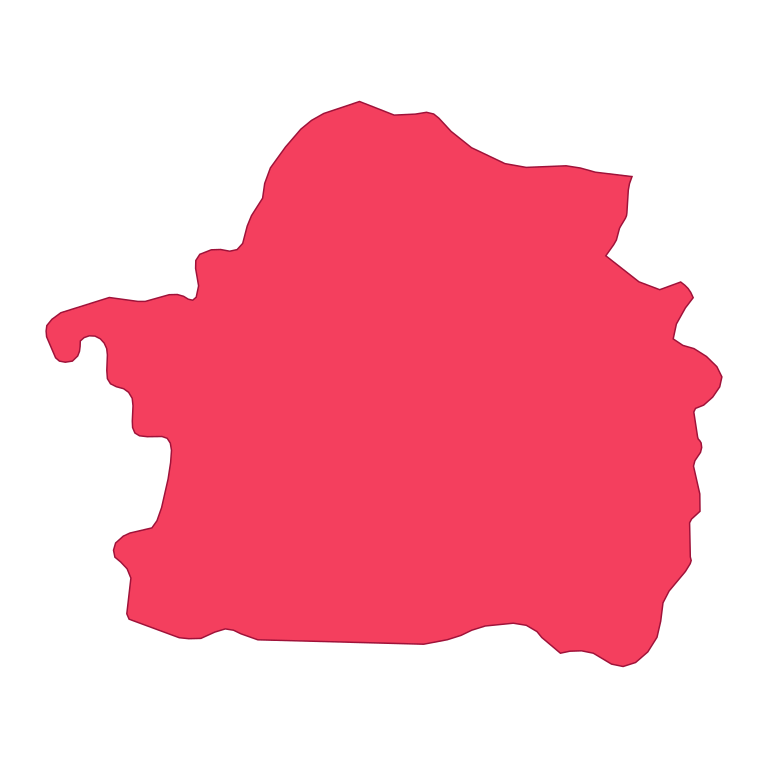 an SVG outline of Braila
{"feature_id": "ROU-313", "entity_name": "Braila", "entity_type": "County", "adm_level": 1, "iso_a3": "ROU", "parent_name": "Romania", "parent_adm1": "", "projection": "natural_earth1", "projection_center": [27.608, 45.126], "detail": "fine", "context": "isolated", "style": "filled", "palette": "rose", "viewbox_px": 768, "rotation_deg": 0, "n_neighbors": 0, "source": "natural_earth", "source_scale": "10m", "svg_char_len": 2144}
<svg xmlns="http://www.w3.org/2000/svg" viewBox="0 0 768 768"><path d="M264.7,183.4L270.4,167.9L285.5,147.0L300.9,129.1L311.5,120.4L323.7,113.5L359.5,101.5L394.2,115.1L415.4,114.1L426.5,112.3L433.7,114.0L438.9,118.2L451.1,131.4L471.5,147.7L504.9,163.6L526.2,167.4L566.1,165.8L580.3,168.0L595.4,172.2L632.0,176.6L629.5,183.6L628.3,190.2L626.9,212.9L626.5,215.7L625.4,218.3L620.4,226.6L619.5,228.3L616.4,240.0L613.7,244.7L605.8,255.8L638.9,281.8L659.7,289.7L680.7,282.0L684.8,285.2L688.1,288.5L690.8,292.5L693.2,297.7L685.4,307.9L676.4,324.0L673.2,338.9L682.9,345.4L694.0,348.6L706.5,356.5L716.9,366.7L721.9,376.9L719.7,386.9L712.7,397.1L703.7,405.1L695.5,408.4L693.8,412.0L697.6,437.0L698.2,439.0L699.7,440.6L701.1,442.9L701.7,447.5L700.5,452.4L694.9,460.7L693.5,466.1L699.8,493.9L700.0,511.3L691.6,519.0L689.6,522.8L690.3,556.9L691.2,560.5L690.2,563.7L685.4,571.5L669.1,591.0L663.0,602.8L660.7,621.2L657.0,637.3L647.8,651.9L635.6,662.5L623.1,666.5L611.5,664.1L593.3,653.2L581.5,650.8L569.9,651.2L560.4,653.2L541.8,637.5L537.0,631.6L526.3,625.3L513.3,623.2L485.2,626.0L471.8,630.2L461.0,635.4L447.4,639.7L423.7,644.2L257.8,639.8L240.9,633.8L233.5,630.2L225.3,628.9L214.8,632.1L200.9,638.4L188.8,638.7L179.2,637.7L129.1,619.2L126.8,613.8L130.9,578.1L127.1,568.8L120.7,562.0L114.9,557.2L113.5,550.2L115.6,543.0L123.3,536.1L130.0,533.0L151.9,527.9L157.0,520.7L161.6,507.6L168.1,479.0L170.6,462.7L171.5,450.3L170.3,443.1L167.2,438.3L162.0,436.5L147.3,436.7L139.5,435.8L134.9,433.0L132.6,427.6L132.3,421.1L133.0,405.8L132.2,398.3L128.6,392.3L123.6,388.7L116.3,386.7L110.5,383.8L107.4,378.7L106.8,370.4L107.4,354.9L106.7,348.6L104.2,343.1L100.3,338.8L95.0,336.1L89.3,335.8L84.1,337.6L80.3,341.0L80.1,346.4L79.5,351.3L77.7,356.0L72.4,361.1L65.3,362.2L59.4,361.1L55.6,357.8L46.6,336.8L46.1,331.1L46.8,325.6L51.9,319.3L60.9,312.7L109.3,297.5L137.8,301.4L145.3,301.4L169.2,294.7L177.3,294.5L183.6,296.3L188.3,299.2L192.7,300.2L196.2,297.2L198.6,285.9L195.6,268.4L195.8,260.5L199.8,254.3L211.3,249.8L220.6,249.5L229.7,251.2L237.1,249.6L242.7,243.4L247.2,226.1L251.5,215.6L262.6,198.2L264.7,183.4Z" fill="#f43f5e" stroke="#9f1239" stroke-width="1.5"/></svg>